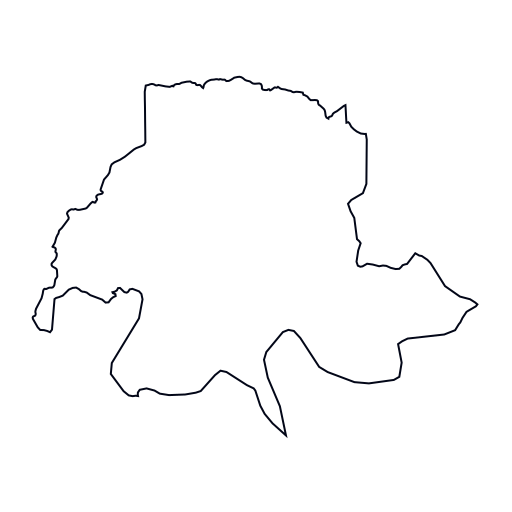 outline of Razavi Khorasan, rotated 271°
{"feature_id": "IRN-3245", "entity_name": "Razavi Khorasan", "entity_type": "Province", "adm_level": 1, "iso_a3": "IRN", "parent_name": "Iran", "parent_adm1": "", "projection": "albers", "projection_center": [59.461, 35.325], "detail": "fine", "context": "isolated", "style": "outline", "palette": "ink", "viewbox_px": 512, "rotation_deg": 271, "n_neighbors": 0, "source": "natural_earth", "source_scale": "10m", "svg_char_len": 4987}
<svg xmlns="http://www.w3.org/2000/svg" viewBox="0 0 512 512"><g transform="rotate(271 256 256)"><path d="M189.3,34.0L189.5,34.0L190.6,33.8L191.2,34.0L191.7,34.4L192.3,35.8L192.6,36.3L193.7,36.7L194.8,36.7L195.9,36.4L197.0,36.4L199.4,37.0L210.0,42.3L214.5,43.4L216.7,43.7L217.8,43.9L219.0,44.5L219.5,45.1L219.5,45.7L219.3,46.3L219.4,47.0L220.4,49.0L220.7,49.7L220.8,51.2L220.8,52.4L221.1,53.4L222.3,54.4L223.4,54.9L228.8,55.7L229.6,56.1L231.4,57.4L232.3,57.7L238.5,57.2L239.7,56.6L240.6,55.2L241.3,53.8L242.1,52.5L243.2,51.8L244.5,51.7L245.6,52.3L249.0,55.4L252.0,56.6L253.5,56.8L255.0,56.7L255.6,56.3L256.1,55.8L256.6,55.4L257.3,55.4L258.8,55.7L259.5,55.7L260.2,55.4L261.1,54.3L261.3,53.0L261.7,52.4L265.8,54.7L271.0,56.0L273.7,57.2L274.7,57.9L275.6,58.2L277.6,58.6L278.3,59.0L280.6,61.3L289.7,67.9L291.1,68.1L295.0,66.3L296.5,66.7L297.9,68.0L299.2,69.9L299.5,71.0L299.3,72.9L299.7,73.9L299.9,74.6L299.6,75.3L299.2,76.2L299.0,77.2L299.1,79.0L300.5,84.9L301.3,86.1L305.6,89.7L306.9,91.1L307.3,91.7L307.2,92.1L306.9,92.4L306.8,92.6L306.8,93.2L306.5,93.9L306.7,94.5L307.9,94.8L308.3,95.3L308.9,95.7L309.5,96.0L310.0,96.1L312.2,95.2L313.2,95.4L314.4,96.6L314.9,98.0L315.2,99.6L315.7,101.0L316.6,101.7L317.2,101.6L317.7,101.1L318.5,99.8L319.2,99.5L319.9,99.5L329.8,102.7L334.3,106.5L336.9,108.0L342.5,109.0L345.1,110.1L347.2,112.8L349.8,118.3L353.0,123.2L360.4,132.1L361.8,134.4L363.9,139.7L365.3,142.2L367.6,143.4L378.6,143.1L388.3,142.8L403.0,142.4L411.2,142.1L418.3,141.9L421.7,142.4L424.5,142.8L425.2,145.7L425.8,147.0L426.0,147.8L426.2,148.9L426.1,149.9L425.8,150.9L425.5,151.7L425.0,152.4L424.8,153.3L424.9,154.3L425.3,155.6L424.0,162.6L423.6,166.8L424.7,169.3L424.4,169.6L424.3,169.9L424.2,170.5L424.8,170.7L425.4,171.2L425.8,171.7L426.1,172.2L426.4,173.1L426.6,174.0L426.6,176.0L426.9,176.8L427.9,178.5L429.1,183.8L429.3,186.4L429.4,186.9L429.3,187.4L428.6,188.4L428.2,189.0L428.0,189.7L427.9,190.6L427.9,191.4L427.7,192.3L427.1,192.8L426.4,193.0L426.0,193.4L425.8,194.5L426.1,196.2L426.0,197.0L425.2,197.9L423.8,199.1L423.0,200.2L424.0,200.6L425.7,200.8L427.1,201.6L428.4,202.7L429.5,204.0L430.2,205.2L430.9,206.6L431.4,208.2L431.7,211.2L432.0,212.5L432.1,213.9L431.7,215.9L432.1,216.5L432.2,217.3L431.7,219.4L431.7,219.9L431.8,221.4L431.6,222.0L430.6,223.0L430.4,223.5L430.6,225.8L431.6,227.7L433.3,230.3L433.9,231.1L434.7,234.6L434.9,236.4L434.5,238.2L433.6,239.8L431.9,241.9L431.2,243.5L430.6,246.3L430.3,247.1L428.8,249.2L428.4,250.1L428.2,251.9L428.6,256.3L428.0,257.9L426.7,258.7L425.0,259.0L423.5,259.0L422.5,259.9L422.1,261.7L422.1,263.6L422.2,264.4L422.6,264.8L422.9,265.6L422.9,266.4L422.2,266.8L421.8,267.2L422.2,268.1L424.7,271.4L424.9,271.8L424.8,272.8L424.6,273.5L424.8,274.2L425.5,275.0L423.9,277.4L423.4,278.7L423.0,282.2L422.0,285.5L421.8,287.2L421.6,288.0L420.6,289.7L420.4,290.7L420.5,291.6L420.9,293.2L420.9,294.0L420.7,297.0L420.2,299.9L418.0,300.6L417.6,302.1L416.3,304.6L414.1,306.4L412.8,307.9L412.8,309.9L413.0,312.1L412.8,314.2L412.0,315.2L411.2,315.4L410.3,315.4L409.3,315.6L408.4,316.1L407.9,316.7L407.6,317.4L404.4,321.1L403.0,322.1L401.3,322.6L397.4,323.2L395.6,324.1L394.6,326.0L395.4,326.1L396.0,326.4L396.4,327.0L397.1,329.0L397.7,329.6L399.5,330.4L400.3,331.2L401.0,332.2L402.2,334.4L407.6,341.2L408.4,342.8L403.1,343.2L395.9,343.7L390.8,344.1L391.4,345.9L390.3,347.1L386.9,349.0L384.4,351.6L382.2,354.6L380.3,358.6L379.9,362.5L380.0,363.7L374.4,364.7L330.0,365.1L320.7,361.8L313.7,350.3L309.8,347.1L302.4,349.8L295.8,353.6L274.6,356.7L272.6,359.0L270.6,360.4L263.3,358.1L252.0,356.6L248.1,358.0L247.1,360.5L247.5,362.7L250.2,367.2L249.5,372.9L247.9,379.3L248.7,383.1L248.4,386.5L246.5,390.9L245.4,395.8L245.7,399.5L247.7,401.5L249.3,402.7L250.1,404.7L250.7,407.2L261.5,415.2L259.3,419.2L258.9,421.7L255.2,427.4L252.0,430.6L229.2,445.5L219.0,460.6L216.5,470.8L213.3,476.0L211.5,478.2L209.6,476.8L203.9,467.5L197.8,463.6L193.1,461.4L191.4,460.0L185.3,456.4L180.8,445.6L176.1,409.1L173.3,403.6L170.4,399.6L151.9,403.5L137.7,401.4L134.5,396.0L130.6,371.1L131.6,356.6L141.2,329.7L146.2,321.1L174.7,301.8L181.7,295.2L182.7,289.7L180.4,284.2L160.2,268.0L152.4,265.8L134.6,269.9L106.2,282.5L77.1,289.1L88.9,275.5L98.3,267.4L106.4,262.9L121.4,257.7L123.6,256.0L126.7,249.2L139.5,228.5L140.7,222.5L136.2,217.1L120.0,203.1L118.3,198.2L116.3,187.7L115.4,171.5L116.7,162.2L119.7,156.9L121.7,148.9L120.2,142.1L117.5,140.3L115.3,140.2L113.9,140.5L114.2,138.2L113.7,135.1L114.4,131.2L118.5,126.0L135.5,112.9L146.5,113.7L191.6,140.1L210.7,143.3L216.0,142.1L218.6,139.7L221.0,133.0L220.4,130.3L218.0,128.8L217.1,127.4L217.6,125.0L221.7,120.6L221.5,118.6L219.2,117.5L217.9,115.4L217.3,113.1L216.4,113.5L215.4,116.1L213.5,116.4L212.3,113.9L210.5,111.8L207.1,109.4L206.8,106.4L209.7,103.0L214.0,90.9L216.5,87.4L217.2,84.9L217.3,83.2L217.9,81.7L219.8,79.5L221.3,76.7L220.9,73.3L219.1,69.4L213.0,63.5L211.5,59.9L210.6,56.9L209.4,55.3L178.8,53.3L176.2,51.4L177.4,48.5L178.2,45.3L178.3,41.5L180.9,39.0L189.3,34.0Z" fill="none" stroke="#020617" stroke-width="2"/></g></svg>